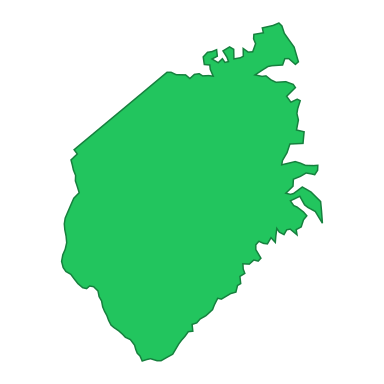 Santo Antônio do Sudoeste, Paraná, Brazil
{"feature_id": "56859067B76158301560942", "entity_name": "Santo Antônio do Sudoeste", "entity_type": "district", "adm_level": 2, "iso_a3": "BRA", "parent_name": "Brazil", "parent_adm1": "Paraná", "projection": "equal_earth", "projection_center": [-53.606, -26.065], "detail": "fine", "context": "isolated", "style": "filled", "palette": "green", "viewbox_px": 384, "rotation_deg": 0, "n_neighbors": 0, "source": "geoboundaries", "source_scale": "gbopen_adm2", "svg_char_len": 2438}
<svg xmlns="http://www.w3.org/2000/svg" viewBox="0 0 384 384"><path d="M262.3,27.9L263.4,32.8L253.9,34.4L253.6,38.8L255.6,43.7L252.7,51.8L248.2,52.1L243.2,48.5L243.3,56.3L240.3,57.8L233.9,58.9L233.7,49.3L229.6,46.9L223.0,50.9L227.1,57.5L228.5,61.6L224.9,62.4L222.4,58.7L218.2,62.7L212.0,59.0L217.3,56.2L216.6,49.7L212.0,51.6L207.5,52.3L203.2,56.9L204.3,64.5L209.8,65.0L210.3,69.4L213.2,76.2L208.8,75.6L202.6,75.9L199.2,73.7L194.4,74.4L189.9,78.5L185.6,74.9L176.2,74.7L171.1,72.3L167.0,72.3L128.2,104.7L74.1,149.7L77.3,154.0L71.0,159.9L72.4,165.3L73.4,169.9L75.6,175.4L75.4,180.9L77.0,185.6L79.2,192.7L73.8,198.2L71.3,203.9L68.1,211.3L65.2,218.1L64.3,223.9L64.8,229.6L66.1,236.2L66.7,242.7L65.2,249.3L62.8,254.8L61.6,261.4L63.2,267.6L65.9,271.5L70.8,274.3L74.2,278.9L77.9,283.6L82.7,287.7L86.6,288.6L89.6,286.0L93.6,286.7L98.0,291.0L99.1,296.6L101.6,301.0L102.7,306.9L104.5,311.2L106.9,315.6L108.6,320.3L111.1,325.2L114.0,327.6L118.7,330.8L122.6,334.3L125.4,337.3L130.4,339.6L134.6,345.2L135.7,349.3L137.3,353.3L140.0,356.0L142.2,361.0L146.9,359.5L150.5,358.7L157.0,360.7L161.1,360.7L167.4,357.1L172.7,354.2L178.9,343.7L181.7,340.0L184.9,336.4L188.3,331.7L192.8,331.2L192.1,324.4L196.7,322.9L200.1,319.0L205.9,315.7L212.5,309.7L214.4,304.8L217.7,298.3L221.4,299.1L230.6,293.6L235.9,292.1L237.5,285.5L240.7,283.6L239.9,276.4L244.8,273.4L243.2,269.1L242.9,263.8L249.3,264.1L253.8,260.0L258.2,261.1L260.9,258.2L255.8,249.6L255.8,244.8L258.9,241.3L263.5,243.4L267.4,243.9L271.0,237.7L275.3,242.4L275.8,236.3L276.8,228.4L279.4,232.2L284.0,234.6L286.7,229.8L290.2,229.1L297.0,234.8L296.2,229.6L301.2,226.9L303.5,219.8L306.8,215.8L303.5,212.0L297.0,207.0L293.7,205.6L290.4,200.8L299.8,196.3L304.6,204.9L308.0,207.5L315.3,211.5L322.4,223.2L321.5,210.8L320.6,201.5L311.0,192.0L302.3,187.0L293.6,193.5L290.4,194.4L285.8,193.2L293.0,186.2L293.4,179.2L300.5,176.3L306.1,173.0L311.4,173.9L314.7,174.7L317.6,170.3L317.8,165.3L313.8,165.6L305.5,165.4L300.5,163.2L295.2,161.6L281.7,164.8L282.5,160.4L287.0,152.7L289.9,144.0L303.0,143.4L304.1,131.8L296.5,130.0L298.4,120.0L296.9,113.5L297.7,108.7L300.2,100.7L297.2,99.2L290.9,102.2L286.6,96.3L295.4,87.6L293.2,84.4L285.8,81.7L276.0,82.3L271.0,79.9L266.0,75.9L262.0,76.4L255.0,74.9L262.6,69.9L268.0,66.5L271.9,65.7L282.6,65.0L284.8,58.7L288.8,58.6L295.4,64.4L298.4,61.8L294.1,47.1L288.8,39.7L284.3,33.3L281.9,25.9L278.9,23.0L273.0,25.5L262.3,27.9Z" fill="#22c55e" stroke="#15803d" stroke-width="1.5"/></svg>